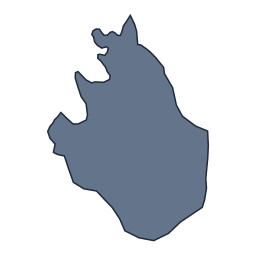 Udu, Delta, Nigeria (Equal Earth projection)
{"feature_id": "59680162B80910542790982", "entity_name": "Udu", "entity_type": "district", "adm_level": 2, "iso_a3": "NGA", "parent_name": "Nigeria", "parent_adm1": "Delta", "projection": "equal_earth", "projection_center": [5.805, 5.485], "detail": "fine", "context": "isolated", "style": "filled", "palette": "slate", "viewbox_px": 256, "rotation_deg": 0, "n_neighbors": 0, "source": "geoboundaries", "source_scale": "gbopen_adm2", "svg_char_len": 1157}
<svg xmlns="http://www.w3.org/2000/svg" viewBox="0 0 256 256"><path d="M96.5,191.0L104.9,199.9L112.2,207.5L119.6,218.6L124.9,230.8L139.0,237.8L153.8,240.6L168.6,233.3L180.4,222.0L202.3,207.3L204.6,199.8L206.5,188.1L205.8,178.6L207.2,163.6L207.7,158.6L208.3,145.3L207.6,131.1L195.7,126.1L190.4,122.2L182.3,116.1L176.3,105.0L172.6,87.7L164.5,73.8L163.6,67.4L155.4,57.3L150.4,52.2L145.9,48.5L140.7,44.9L137.7,44.5L136.6,31.2L134.5,24.1L130.3,15.4L125.9,22.4L123.4,25.9L121.9,31.5L120.4,35.3L117.7,35.4L114.8,32.8L112.5,31.6L110.1,32.4L107.4,35.2L104.0,35.2L101.9,32.8L99.5,29.2L96.1,29.0L93.1,30.8L91.8,34.5L93.6,37.0L94.6,41.9L97.5,45.4L101.7,48.1L106.7,46.8L108.2,48.2L107.2,52.4L104.7,55.4L99.8,54.2L97.9,54.7L97.8,58.3L100.8,61.0L105.6,67.3L107.1,71.4L110.1,75.6L109.5,79.5L103.6,82.3L94.8,81.9L91.6,82.9L86.2,80.0L78.0,71.6L75.5,72.6L75.2,77.9L77.4,85.3L81.1,96.6L86.1,103.7L87.5,115.0L86.2,120.1L78.0,124.0L72.9,123.9L66.2,117.7L60.9,112.5L57.0,117.6L54.8,119.5L52.7,123.3L50.1,126.2L47.7,131.4L50.0,138.3L55.1,144.1L53.4,152.4L57.6,154.5L64.4,156.0L68.6,168.8L73.4,182.4L83.9,188.8L96.5,191.0Z" fill="#64748b" stroke="#1e293b" stroke-width="1.5"/></svg>